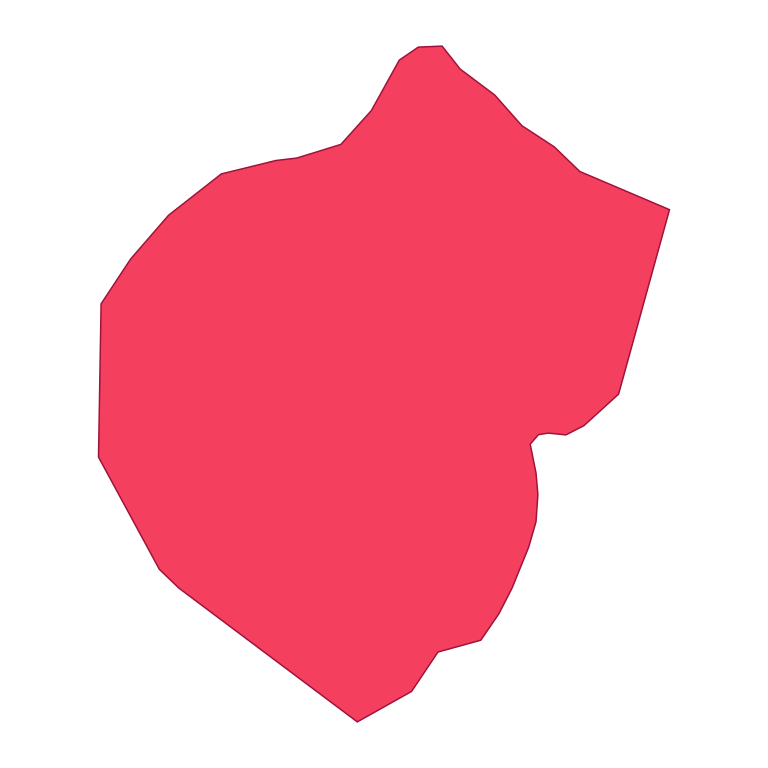 an SVG outline of Mirna Pec
{"feature_id": "SVN-242", "entity_name": "Mirna Pec", "entity_type": "Municipality", "adm_level": 1, "iso_a3": "SVN", "parent_name": "Slovenia", "parent_adm1": "", "projection": "orthographic", "projection_center": [15.099, 45.85], "detail": "fine", "context": "isolated", "style": "filled", "palette": "rose", "viewbox_px": 768, "rotation_deg": 0, "n_neighbors": 0, "source": "natural_earth", "source_scale": "10m", "svg_char_len": 570}
<svg xmlns="http://www.w3.org/2000/svg" viewBox="0 0 768 768"><path d="M669.5,209.7L618.6,394.1L584.0,425.6L565.9,434.9L548.3,433.1L538.4,434.7L530.2,444.2L536.0,472.9L537.9,494.6L536.0,521.8L528.6,547.4L512.1,588.0L499.0,613.6L480.8,640.2L438.0,652.0L411.6,691.4L357.3,721.9L179.1,588.3L159.4,569.4L98.5,457.1L101.1,303.8L130.7,258.9L168.6,215.2L221.3,173.9L275.9,160.5L296.5,158.1L340.9,144.4L371.4,110.5L399.3,60.1L418.3,47.1L442.1,46.1L460.2,69.1L494.8,95.1L521.9,125.7L554.3,146.9L579.8,171.5L669.5,209.7Z" fill="#f43f5e" stroke="#9f1239" stroke-width="1.5"/></svg>